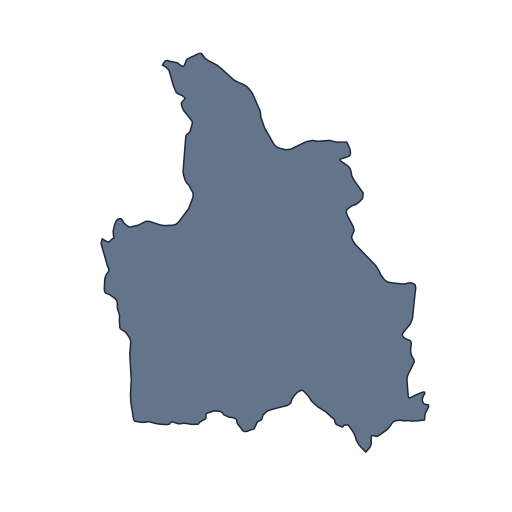 the border of Daykundi, rotated 263°
{"feature_id": "AFG-1753", "entity_name": "Daykundi", "entity_type": "Province", "adm_level": 1, "iso_a3": "AFG", "parent_name": "Afghanistan", "parent_adm1": "", "projection": "robinson", "projection_center": [66.112, 33.734], "detail": "fine", "context": "isolated", "style": "filled", "palette": "slate", "viewbox_px": 512, "rotation_deg": 263, "n_neighbors": 0, "source": "natural_earth", "source_scale": "10m", "svg_char_len": 5081}
<svg xmlns="http://www.w3.org/2000/svg" viewBox="0 0 512 512"><g transform="rotate(263 256 256)"><path d="M456.9,186.4L460.4,189.3L460.8,190.7L460.9,192.0L459.7,194.4L457.7,200.6L457.2,201.6L456.6,202.3L454.6,204.1L453.4,205.8L453.2,206.9L453.7,207.9L455.9,209.2L458.6,210.6L459.0,210.9L460.0,212.4L461.3,215.8L464.0,224.2L463.9,225.7L463.2,226.9L459.2,229.1L457.8,230.1L456.5,231.5L449.9,240.9L445.9,244.7L433.8,255.1L432.1,257.3L429.9,260.5L428.5,263.4L425.5,267.4L421.4,270.3L417.5,272.4L399.3,277.8L398.2,277.9L393.5,277.7L382.6,280.0L365.6,287.0L363.5,288.2L362.6,289.0L360.6,291.2L358.0,298.0L357.8,299.3L357.8,303.6L363.5,320.3L363.8,326.5L363.1,328.4L362.6,330.4L362.2,333.0L361.8,342.6L361.6,343.8L361.2,344.8L360.7,345.8L359.3,349.4L357.9,360.0L351.5,362.1L349.1,362.4L345.9,362.2L344.6,361.5L343.8,360.6L342.8,356.7L342.1,352.2L341.5,351.3L340.8,351.3L339.6,352.0L335.7,356.6L333.5,358.7L331.4,360.0L328.2,360.6L324.2,360.8L319.1,362.6L305.4,370.1L300.0,368.7L297.7,365.9L295.7,362.8L294.9,361.1L294.6,360.0L294.5,358.7L294.1,357.4L293.6,356.2L291.1,352.1L290.4,351.6L289.6,351.2L288.4,351.1L286.8,351.1L284.1,351.9L274.9,355.5L272.0,356.3L269.7,356.5L268.0,355.8L263.8,353.4L262.9,353.2L261.3,353.4L258.9,354.2L255.1,356.2L231.8,373.7L226.0,376.4L222.3,377.5L216.9,380.5L215.6,381.7L214.2,383.5L212.9,387.0L210.5,397.6L210.2,399.8L210.3,401.6L210.6,403.3L210.7,404.9L210.4,406.5L209.7,408.2L208.8,409.6L207.8,410.4L204.8,410.7L199.0,409.2L174.9,403.7L169.9,401.0L162.6,393.4L160.8,391.8L159.6,391.7L157.9,392.1L156.0,393.9L153.7,397.9L152.9,398.9L151.8,399.4L150.4,399.5L143.9,398.0L142.1,397.9L140.0,398.0L138.0,398.4L134.0,400.0L132.6,400.3L131.3,400.0L120.0,392.6L118.2,391.7L116.3,391.1L114.3,390.7L98.6,390.0L97.0,390.3L96.5,391.4L96.7,392.5L98.5,397.3L100.4,404.1L100.6,406.0L100.2,406.8L99.1,406.8L96.5,405.0L94.4,403.9L92.2,403.4L89.7,404.1L88.6,405.1L87.9,406.6L87.5,408.0L87.1,409.1L85.9,409.1L84.3,408.3L78.7,404.5L72.7,403.3L72.8,399.9L72.6,398.6L72.6,396.9L72.7,395.5L73.1,393.5L73.1,391.2L73.2,390.2L74.0,387.5L74.2,386.0L74.2,383.5L74.4,382.5L74.9,381.2L75.2,379.7L75.5,377.8L75.4,373.9L74.7,372.2L73.6,370.7L71.1,368.6L69.2,366.7L67.2,364.2L62.9,356.1L62.2,354.1L62.4,353.0L62.9,352.0L63.3,350.7L63.5,349.6L63.1,348.7L62.0,348.2L55.5,347.5L52.0,345.6L48.0,341.1L53.3,337.0L56.3,335.0L60.5,333.3L65.8,332.3L69.5,331.0L77.1,326.9L77.3,323.6L77.3,323.1L77.1,322.4L76.2,321.7L75.8,321.3L75.8,320.6L76.3,319.5L79.0,315.3L79.5,314.9L80.0,314.6L80.7,314.3L83.2,314.1L83.9,313.9L84.5,313.7L85.0,313.3L85.5,312.7L85.9,312.2L86.5,311.6L92.8,306.3L98.5,299.3L104.9,293.7L105.9,293.1L108.7,291.9L111.6,290.2L116.5,286.5L117.0,285.6L117.1,284.5L116.4,282.0L115.2,279.8L112.7,276.9L109.6,274.3L105.5,272.4L103.8,268.7L102.2,256.0L101.0,249.1L99.8,246.8L98.6,245.5L97.8,244.1L97.4,243.7L96.8,243.3L95.5,242.8L94.4,242.5L93.9,242.2L93.4,241.9L92.7,241.2L92.4,240.7L92.1,240.1L91.9,239.2L91.6,238.2L91.2,237.4L90.6,236.7L85.5,233.6L84.9,233.0L84.5,232.4L84.3,231.7L83.9,228.6L83.6,227.8L83.3,226.8L83.1,226.2L83.0,225.5L83.0,224.7L83.2,223.3L83.8,222.2L84.7,221.3L89.3,218.7L90.3,217.9L90.9,217.6L91.5,217.3L92.3,217.1L95.8,216.7L96.5,216.5L97.2,215.5L98.3,213.4L99.5,209.2L102.4,204.7L104.7,203.4L106.3,200.9L107.3,195.5L106.1,188.6L105.6,187.8L104.9,186.9L102.4,186.8L101.6,186.6L101.0,186.3L100.4,185.8L100.0,185.1L99.0,182.0L98.5,181.0L98.0,180.2L97.5,179.5L97.1,179.1L96.3,178.5L96.1,177.6L96.7,171.6L97.8,168.2L98.9,163.7L98.7,161.2L98.8,159.4L99.1,157.8L101.5,153.2L101.6,152.1L101.1,151.0L100.6,150.3L100.1,149.8L99.7,149.4L99.5,148.0L99.7,145.8L100.7,140.4L101.6,137.1L104.3,130.3L104.8,128.5L104.5,126.4L104.7,123.0L106.7,115.6L108.6,114.6L126.4,113.9L133.7,114.5L148.1,117.1L173.6,118.7L185.8,121.2L187.9,121.1L190.2,120.5L193.6,118.8L195.8,117.5L197.3,116.1L200.0,112.9L200.4,112.5L201.7,112.2L208.9,112.5L212.7,113.2L214.0,113.3L221.1,112.0L226.2,112.6L228.1,112.5L230.2,111.4L231.6,110.3L235.5,105.9L236.2,104.9L237.4,102.2L239.0,101.5L241.5,101.3L251.5,103.1L253.6,103.9L255.3,104.8L256.0,105.3L258.5,107.7L259.5,108.2L260.6,108.3L261.6,108.2L263.4,107.5L287.4,103.7L291.7,105.4L288.2,110.2L288.1,111.0L288.0,112.1L289.9,114.5L291.3,117.0L298.1,117.2L304.2,119.5L306.6,120.7L308.0,121.7L309.2,123.1L309.6,124.3L309.7,125.7L309.3,126.6L308.7,127.3L307.9,127.7L305.9,128.4L304.8,129.0L302.3,131.2L301.1,132.4L300.4,133.6L300.1,134.8L301.0,143.3L303.8,150.7L303.7,152.2L303.3,154.5L298.6,164.5L297.4,168.5L296.8,175.3L296.8,178.5L297.4,180.8L298.1,181.9L300.1,184.2L311.1,194.8L322.1,200.7L326.3,201.2L331.3,199.1L333.7,198.5L334.6,198.0L335.4,197.2L337.1,196.1L339.7,195.0L345.4,193.9L348.7,193.9L382.8,200.8L384.3,201.5L385.2,202.3L385.8,203.2L386.3,204.2L386.8,204.9L387.1,205.3L388.1,205.9L395.4,209.0L396.8,209.1L397.9,208.8L408.8,202.2L410.7,201.4L413.9,200.6L415.6,200.4L416.7,200.5L417.1,200.7L417.9,201.4L420.9,204.8L421.4,204.9L421.9,204.5L422.4,204.0L423.8,202.8L424.4,202.1L425.9,199.2L426.5,198.3L427.3,197.5L428.4,196.6L434.8,194.8L450.7,192.3L452.5,191.2L454.2,189.8L456.9,186.4Z" fill="#64748b" stroke="#1e293b" stroke-width="1.5"/></g></svg>